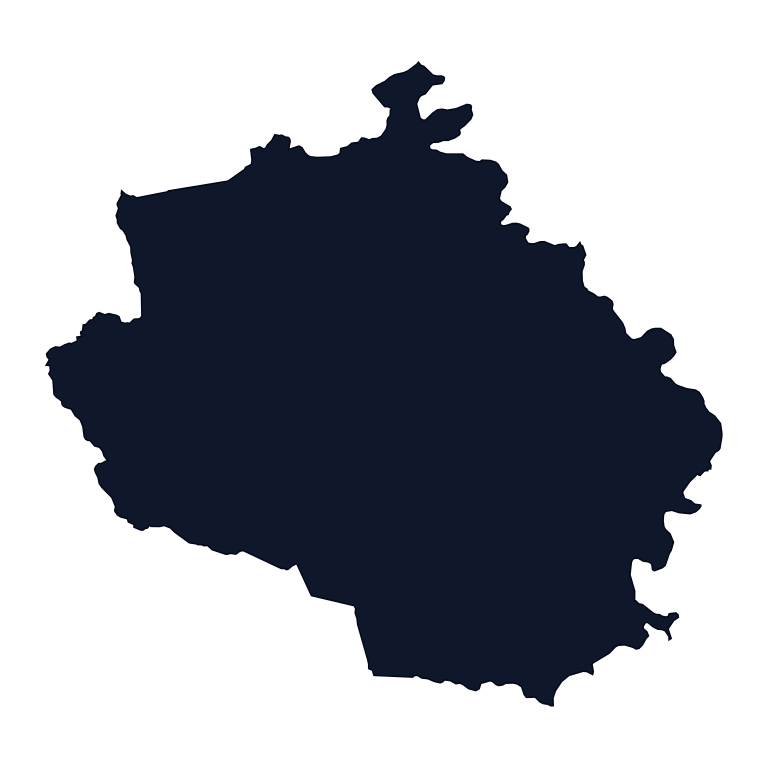 Iffou, N'zi-Comoé, Ivory Coast
{"feature_id": "98640826B12556457947993", "entity_name": "Iffou", "entity_type": "district", "adm_level": 2, "iso_a3": "CIV", "parent_name": "Ivory Coast", "parent_adm1": "N'zi-Comoé", "projection": "mercator", "projection_center": [-4.013, 7.499], "detail": "fine", "context": "isolated", "style": "filled", "palette": "ink", "viewbox_px": 768, "rotation_deg": 0, "n_neighbors": 0, "source": "geoboundaries", "source_scale": "gbopen_adm2", "svg_char_len": 6056}
<svg xmlns="http://www.w3.org/2000/svg" viewBox="0 0 768 768"><path d="M54.0,394.3L55.9,396.7L61.7,401.0L62.0,404.2L62.8,405.6L65.1,407.2L71.4,409.2L75.2,415.7L80.3,419.9L82.9,426.6L84.2,436.6L85.7,439.3L87.8,440.4L90.2,440.6L94.5,445.9L99.6,447.3L102.6,451.3L104.0,455.8L107.7,460.7L105.1,461.4L101.8,463.4L98.6,463.6L95.8,466.4L94.6,469.2L95.5,472.5L98.0,477.3L99.3,483.7L102.0,487.5L111.8,497.4L115.6,506.8L114.7,510.4L115.1,511.7L117.4,514.9L120.5,516.9L127.4,518.7L128.3,521.9L132.4,523.9L133.9,523.9L134.0,527.2L140.4,529.9L142.8,530.2L145.3,528.4L147.5,528.0L149.3,525.2L151.1,526.4L159.4,526.5L164.2,525.5L170.5,527.9L174.5,532.0L189.3,542.8L196.6,543.9L197.5,544.6L201.8,544.7L203.7,545.7L207.6,545.5L212.1,549.7L225.3,554.1L226.9,554.3L230.6,553.4L236.0,554.1L239.8,551.2L243.2,550.6L278.9,567.4L281.4,568.5L284.1,568.4L286.4,569.6L288.1,569.3L292.3,565.7L296.7,563.6L311.4,595.6L354.2,605.7L355.7,608.7L355.2,612.9L357.1,618.9L357.6,624.2L367.6,659.2L368.7,664.1L368.7,668.6L372.4,670.3L374.0,675.4L412.7,677.1L414.4,675.6L417.3,675.3L421.8,678.0L427.9,678.7L434.4,681.5L440.3,682.8L442.9,681.7L444.1,680.2L445.6,680.0L450.5,680.7L455.8,683.7L459.9,683.1L463.1,684.5L468.7,688.7L475.9,690.6L479.2,688.7L480.8,683.4L489.9,680.8L492.3,681.3L496.3,684.7L499.0,685.6L503.0,684.8L505.6,683.2L513.3,683.0L517.1,683.9L521.6,686.7L524.3,694.7L526.4,697.4L535.2,697.1L540.1,702.1L543.5,703.6L548.2,704.3L550.8,705.8L553.2,705.8L553.0,698.0L555.4,690.8L561.6,681.5L569.0,675.4L583.3,671.2L586.9,671.6L592.6,674.5L593.3,671.7L592.0,664.2L593.2,662.8L609.2,653.2L615.5,646.7L618.6,645.2L624.9,644.9L632.8,647.2L636.2,649.0L639.0,648.4L642.6,644.7L646.0,638.5L648.5,635.9L646.8,631.7L643.6,629.0L643.1,627.6L643.3,626.0L645.3,622.8L646.7,622.3L648.3,622.8L653.2,626.9L657.6,629.1L662.4,629.6L665.2,630.9L669.0,636.5L669.0,639.8L671.2,638.5L668.2,629.2L668.5,628.2L673.7,620.5L678.4,617.3L678.1,614.9L676.0,612.9L670.1,613.6L669.1,613.9L668.3,616.3L665.9,617.1L661.7,616.1L659.7,614.7L655.8,614.4L652.9,612.9L642.5,604.6L638.9,603.9L635.9,600.9L634.6,600.6L634.7,591.1L630.0,574.8L631.3,562.6L632.3,559.9L633.9,558.4L638.0,558.1L643.2,561.1L648.1,561.8L650.6,563.0L651.9,564.5L652.5,569.6L654.3,570.8L662.4,567.7L665.2,565.3L669.2,553.6L671.2,550.2L673.5,542.2L670.0,533.8L665.3,529.4L663.9,526.7L663.1,520.8L663.6,514.4L665.6,511.3L671.9,510.3L679.0,512.6L690.1,513.7L695.7,511.7L699.3,508.5L700.9,506.0L700.7,505.0L694.7,504.2L690.9,500.8L685.3,498.9L684.4,498.0L682.6,493.1L682.9,491.2L689.7,481.6L697.9,473.6L699.1,475.3L700.1,475.4L703.9,471.4L705.1,470.7L707.8,470.7L708.0,468.8L710.6,469.0L711.1,465.6L709.2,461.2L715.2,452.3L718.5,450.3L719.9,448.4L721.7,437.4L721.9,433.5L720.5,423.5L714.5,415.9L708.8,412.2L705.5,407.8L703.7,403.7L703.9,401.4L702.6,397.8L699.1,392.3L695.5,390.1L686.6,388.7L677.5,385.5L674.7,383.7L670.4,378.6L666.6,377.1L665.0,377.4L660.3,372.1L659.8,369.0L661.2,364.1L665.0,363.0L670.3,359.2L673.7,355.6L675.8,352.2L673.4,345.1L673.3,339.5L670.8,334.9L660.8,328.5L655.2,328.5L651.9,329.1L647.5,331.3L641.5,337.6L640.1,338.2L634.0,339.9L631.3,339.1L625.6,333.5L624.7,328.2L622.4,322.9L612.9,310.7L612.1,308.6L612.9,304.0L611.9,301.1L607.3,297.5L604.5,296.4L600.3,297.3L597.6,297.1L594.0,294.2L587.8,291.0L586.7,289.0L584.0,287.2L582.2,281.1L581.9,271.3L584.1,265.0L584.1,262.2L583.1,259.9L585.7,254.9L582.6,246.0L580.7,244.8L579.9,242.5L576.5,246.8L574.0,247.7L570.2,247.8L568.9,247.7L566.1,244.2L564.8,244.0L558.8,244.6L554.8,245.9L544.4,241.7L540.2,241.8L534.7,243.7L531.1,243.9L527.8,243.1L525.1,238.3L525.3,235.7L527.3,234.0L528.8,230.9L528.5,228.5L527.7,228.0L520.0,224.2L516.7,223.4L512.5,223.5L505.6,225.7L503.2,225.9L500.4,224.8L500.4,221.4L503.4,218.9L506.1,215.1L508.1,214.4L509.3,211.3L511.1,209.1L510.0,206.9L501.1,201.7L499.2,198.8L501.0,190.7L505.1,186.7L507.6,182.1L506.4,175.1L501.9,170.9L498.4,164.5L495.9,162.3L490.4,160.5L482.0,160.1L479.8,161.8L475.7,161.4L466.9,157.4L462.9,154.1L446.4,154.1L440.1,152.4L436.4,150.3L431.9,150.0L430.0,148.9L429.2,146.4L430.1,144.5L433.1,142.3L438.4,142.1L443.4,140.3L448.3,140.3L455.1,137.7L459.4,134.8L460.2,133.0L459.4,130.0L459.9,128.9L464.7,125.3L470.8,119.0L472.6,114.7L471.0,109.7L471.4,106.5L470.6,105.1L466.9,104.4L456.1,108.7L447.4,110.2L442.1,109.2L437.4,109.8L432.6,113.2L425.6,120.0L423.4,120.2L421.2,119.1L420.0,117.7L416.5,103.8L419.3,97.3L421.3,95.4L425.3,93.8L432.4,84.8L442.0,83.5L444.0,80.7L444.4,78.0L443.5,76.7L441.2,76.0L436.6,76.0L432.9,75.1L424.0,66.5L420.7,65.1L418.5,62.2L416.6,64.4L408.0,70.8L403.7,72.7L394.7,74.7L389.5,77.6L385.0,81.5L376.4,85.7L372.2,89.6L373.1,93.0L384.0,105.9L385.1,106.8L387.5,106.6L391.7,108.4L390.3,110.4L390.2,115.6L387.9,118.3L387.2,120.6L387.3,125.3L386.2,129.3L381.3,136.3L377.1,138.5L372.5,138.7L369.2,140.0L364.7,138.3L361.6,138.0L358.4,142.4L351.7,143.2L347.5,146.8L340.7,148.5L340.2,153.2L337.9,155.2L330.8,157.0L317.0,157.5L310.8,156.8L308.2,155.8L305.1,152.9L302.0,147.7L299.1,146.0L288.7,149.5L290.2,141.0L289.4,138.4L288.0,137.3L285.7,137.2L281.6,135.1L279.5,135.6L274.9,134.7L271.6,140.7L267.5,144.8L265.6,148.2L263.8,149.0L259.5,146.7L255.9,148.4L250.8,149.5L252.0,160.3L251.3,164.5L245.6,167.3L244.5,169.5L228.0,181.1L168.4,190.9L168.7,191.6L136.7,197.9L133.0,195.8L130.5,196.4L125.7,194.4L121.6,190.8L121.2,193.9L122.1,194.3L117.3,203.4L117.2,204.7L118.7,208.3L116.2,215.7L117.5,219.8L117.5,223.0L120.6,228.5L123.0,230.1L126.3,235.6L127.2,239.5L130.9,246.7L131.1,252.8L132.7,260.3L132.2,263.2L133.6,267.0L135.1,277.1L134.5,282.1L135.0,283.4L139.5,287.5L140.3,291.4L141.4,293.0L141.9,316.5L139.3,318.9L134.2,319.1L129.0,323.9L128.0,322.9L124.9,323.3L120.9,322.3L119.0,316.7L116.6,315.4L108.8,313.6L104.7,314.8L99.2,312.6L98.3,312.9L96.8,313.6L95.7,316.4L93.5,317.6L92.8,319.9L89.8,320.1L86.0,324.4L83.2,324.9L82.6,330.9L80.8,331.8L80.6,332.9L81.6,336.4L76.9,337.0L77.4,340.3L76.8,341.2L71.4,343.7L69.4,343.2L64.6,344.9L60.0,347.4L55.4,346.9L50.6,349.2L46.6,353.8L47.1,356.7L49.4,359.7L46.1,365.2L50.0,365.7L50.3,370.6L48.8,373.9L53.0,380.2L54.0,394.3Z" fill="#0f172a" stroke="#020617" stroke-width="1.5"/></svg>